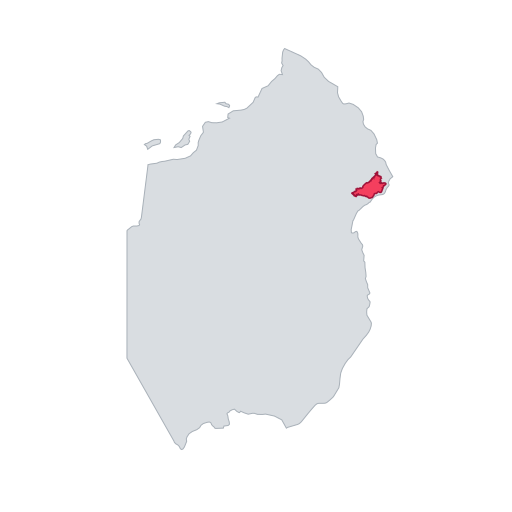 Mbinga, Ruvuma, United Republic of Tanzania shown in context, rotated 241°
{"feature_id": "72390352B96762734199587", "entity_name": "Mbinga", "entity_type": "district", "adm_level": 2, "iso_a3": "TZA", "parent_name": "United Republic of Tanzania", "parent_adm1": "Ruvuma", "projection": "orthographic", "projection_center": [35.084, -10.703], "detail": "fine", "context": "in_parent", "style": "filled", "palette": "rose", "viewbox_px": 512, "rotation_deg": 241, "n_neighbors": 0, "source": "geoboundaries", "source_scale": "gbopen_adm2", "svg_char_len": 8181}
<svg xmlns="http://www.w3.org/2000/svg" viewBox="0 0 512 512"><g transform="rotate(241 256 256)"><path d="M197.8,348.2L192.9,345.7L188.5,344.1L184.8,342.4L183.2,340.7L179.8,340.1L176.8,339.8L174.1,338.3L168.4,337.7L167.8,336.7L167.7,334.3L166.7,333.7L164.7,333.1L162.5,333.2L161.1,333.6L160.3,333.4L158.5,332.0L156.8,330.3L156.1,327.5L153.5,325.7L150.5,324.3L142.3,324.6L141.0,324.2L139.0,322.8L136.7,320.4L134.9,317.8L133.2,314.2L131.5,309.3L121.8,289.9L120.8,286.2L118.9,282.1L115.8,277.1L112.6,273.4L108.2,270.1L103.3,266.8L100.6,264.6L95.4,255.5L94.3,251.2L93.5,246.7L93.8,244.9L96.9,239.1L97.2,237.5L96.8,235.3L95.2,230.8L93.1,225.3L89.0,215.2L88.4,212.7L88.5,210.8L90.8,200.5L90.7,199.1L100.2,199.1L107.1,194.5L113.1,187.7L114.3,184.8L116.8,180.5L119.2,178.3L120.1,176.8L121.4,172.5L124.6,169.6L127.7,167.3L127.0,165.7L127.5,165.1L129.2,164.0L132.5,162.9L133.1,160.6L133.1,158.1L132.5,156.7L132.6,155.0L132.1,154.1L130.0,153.9L126.8,152.7L124.1,152.2L122.3,151.5L121.6,151.0L121.3,149.4L122.8,145.5L121.3,144.0L124.6,137.4L125.2,136.6L126.4,136.5L128.3,135.8L130.1,135.4L131.5,135.7L132.6,135.4L133.5,134.6L134.3,132.4L135.0,128.7L134.6,125.8L133.2,123.5L132.8,120.0L133.4,115.2L133.0,111.3L131.4,108.2L129.9,106.4L127.5,105.5L123.7,100.8L122.6,98.5L122.8,97.1L124.1,96.4L126.5,96.6L128.7,96.0L130.8,94.7L132.8,94.3L133.9,94.5L229.2,93.6L340.6,155.4L341.0,156.1L341.9,161.4L341.7,163.2L340.0,166.3L339.5,167.9L339.5,169.0L339.9,169.4L341.3,169.6L342.6,170.3L343.0,170.9L344.0,173.2L345.2,174.4L387.3,205.2L388.2,205.7L387.6,208.2L385.2,214.3L385.0,216.9L384.1,219.9L383.2,221.9L380.7,230.6L378.6,233.8L375.8,241.4L375.3,247.3L376.8,251.4L377.4,255.2L380.6,259.0L383.2,260.4L384.9,262.1L388.0,266.1L389.7,270.0L395.3,272.1L397.5,276.5L396.6,279.5L394.0,282.0L391.6,286.1L389.6,291.4L389.4,299.6L390.8,298.4L393.7,300.4L394.0,306.5L390.9,313.5L389.9,316.7L389.7,319.6L391.8,328.0L395.1,332.3L394.9,333.7L394.0,334.8L399.6,342.5L399.0,349.1L401.1,354.2L402.0,358.7L403.3,362.1L403.6,364.5L401.8,367.1L405.9,367.8L408.3,370.0L409.4,372.0L412.4,372.0L414.0,373.4L416.3,374.6L421.4,378.2L422.8,379.9L423.6,381.6L409.3,392.2L404.1,394.9L400.4,396.1L396.5,396.8L392.8,398.4L389.2,401.1L384.7,402.3L379.3,402.3L373.5,404.1L364.4,409.6L359.2,406.4L355.1,405.4L350.3,405.5L347.4,405.8L346.4,406.5L345.5,408.4L344.7,411.5L341.5,414.5L336.0,417.3L331.0,418.3L326.4,417.6L323.3,416.4L321.7,414.7L319.3,413.9L316.1,414.0L313.1,415.2L310.2,417.4L305.6,418.4L299.2,418.0L295.8,416.9L295.3,415.1L292.6,412.9L287.5,410.3L283.7,410.3L281.3,412.7L279.1,414.2L277.1,414.8L275.3,414.9L272.8,414.2L265.8,414.0L259.1,414.1L258.4,410.6L257.0,408.4L255.8,407.2L253.6,406.9L252.9,405.9L252.1,403.7L251.0,401.9L249.5,400.3L248.6,398.9L248.3,397.6L248.5,396.2L249.9,392.6L250.3,390.2L250.2,387.6L249.4,385.1L247.8,382.0L248.0,381.1L247.5,379.1L247.4,377.6L247.7,375.8L247.4,373.4L246.0,368.3L246.0,367.0L244.6,364.5L240.1,358.6L239.9,357.9L232.9,352.0L230.1,350.7L229.1,351.8L228.8,352.9L229.1,354.7L228.9,355.7L228.6,356.1L227.0,356.1L225.9,355.8L223.3,354.3L221.2,353.9L216.1,354.2L214.3,354.6L212.9,354.2L210.2,351.5L207.0,351.0L204.2,350.9L199.5,347.8L197.8,348.2ZM396.2,250.7L398.4,257.2L398.1,258.4L396.5,259.1L395.7,259.2L394.6,258.1L394.0,255.9L392.7,256.4L390.6,253.8L388.5,253.6L386.7,250.5L387.5,247.8L387.1,243.2L389.3,240.9L390.6,236.9L392.1,239.6L392.4,243.9L394.3,248.9L396.2,250.7ZM407.6,212.4L407.8,213.9L407.3,215.4L407.4,220.0L407.2,223.0L405.4,227.2L404.0,228.7L402.7,228.2L401.7,227.5L400.9,226.3L402.6,218.6L401.8,213.0L405.1,213.6L407.6,212.4ZM402.1,305.5L400.5,305.9L399.9,305.5L398.9,304.2L400.6,303.2L402.3,301.1L406.3,298.1L408.1,295.7L407.8,298.1L405.6,303.3L403.7,303.6L402.1,305.5Z" fill="#d9dde1" stroke="#a8b0b8" stroke-width="1"/><path d="M254.8,380.9L254.7,381.2L254.7,381.6L254.5,381.9L254.4,381.9L253.9,381.8L253.2,382.4L252.6,382.6L252.3,382.6L252.1,382.7L251.8,383.1L251.6,383.3L251.4,383.6L251.2,384.2L251.1,385.1L251.0,385.5L250.9,386.0L251.0,386.4L251.4,387.2L251.6,387.6L252.0,388.6L252.3,388.9L253.1,389.7L253.1,389.8L252.9,390.7L252.7,390.8L252.5,391.2L252.4,391.4L252.3,391.8L252.3,392.1L252.6,392.4L252.9,393.3L252.9,393.9L252.9,394.3L252.1,394.7L251.8,394.9L251.5,395.3L251.2,395.8L251.1,396.1L251.1,396.3L251.3,396.6L251.3,396.8L251.6,397.3L251.8,397.4L252.2,398.0L252.5,398.2L252.7,398.5L252.9,398.6L252.9,398.8L253.1,399.0L253.8,399.9L254.4,399.6L254.4,399.8L254.1,400.0L254.3,400.2L254.3,400.3L254.6,400.5L255.0,401.1L255.4,401.4L255.6,401.6L255.5,401.8L255.4,401.8L255.3,402.2L255.4,402.6L255.5,403.1L255.7,403.9L256.0,404.6L256.4,404.7L256.7,404.6L256.9,404.4L257.5,404.2L257.7,403.5L257.8,403.3L257.9,403.1L258.1,403.0L258.3,402.5L258.3,402.2L258.1,402.0L258.2,401.7L258.6,401.3L259.2,401.3L259.2,401.2L259.0,400.6L259.3,400.5L259.3,399.8L259.8,399.7L260.4,399.6L260.5,400.2L260.6,400.3L260.7,400.5L261.1,401.7L261.3,401.7L261.5,401.5L261.6,401.4L261.8,401.5L262.3,401.6L262.5,401.9L262.8,402.3L263.0,402.4L263.1,402.6L263.2,402.8L263.3,402.9L263.3,403.1L263.5,403.0L263.8,403.2L264.0,403.0L263.9,403.2L263.9,403.4L264.3,403.5L264.6,403.7L264.8,403.7L265.0,403.0L265.4,403.1L265.4,402.9L266.1,402.8L266.1,402.7L266.2,402.4L266.8,401.8L267.2,402.0L267.3,401.9L267.4,401.6L267.4,401.4L267.6,401.3L267.8,401.5L268.0,401.3L268.1,401.5L268.3,401.7L268.6,401.6L268.8,401.5L269.1,401.4L268.9,401.7L269.1,401.8L269.2,402.0L269.4,402.2L269.7,402.1L269.9,402.3L269.8,402.5L269.7,402.6L270.2,402.9L270.2,403.0L270.4,403.1L270.5,403.0L270.7,402.9L270.5,402.7L270.5,402.4L270.6,402.2L270.4,402.0L270.2,401.7L270.3,401.5L270.2,401.4L270.2,401.2L270.2,400.9L270.1,401.0L269.9,401.0L269.8,400.8L269.6,400.7L269.6,400.4L269.4,400.5L269.3,400.4L269.1,400.5L268.9,400.4L268.8,400.2L268.7,400.0L268.7,399.7L268.5,399.4L268.6,399.1L268.4,398.8L268.3,398.7L268.3,398.4L268.2,398.3L268.1,398.0L268.1,397.8L268.0,397.7L267.8,397.7L267.9,397.4L267.9,397.2L267.6,397.0L267.8,397.0L267.8,396.8L268.0,396.9L267.9,396.5L267.7,396.4L267.7,396.2L267.7,395.9L267.7,395.7L267.6,395.4L267.6,395.1L267.4,395.1L267.1,395.0L267.2,394.8L267.1,394.5L267.1,394.4L266.9,394.0L266.9,393.7L266.7,393.6L266.7,393.4L266.6,393.2L266.2,393.2L266.0,392.9L266.3,392.6L266.4,392.9L266.5,392.8L266.4,392.6L266.3,392.4L266.3,392.2L266.2,392.2L266.1,391.9L266.0,391.7L266.1,391.4L266.0,391.2L265.9,391.1L265.9,390.9L265.7,390.8L265.7,390.7L265.8,390.6L265.8,390.4L265.9,390.2L265.9,389.8L265.7,389.2L265.8,389.0L266.1,388.7L266.2,388.4L266.5,388.1L266.3,387.6L266.3,386.9L266.1,386.3L266.0,385.9L265.9,385.5L265.8,385.0L265.7,384.8L265.5,384.3L265.4,384.1L265.3,383.6L265.1,383.2L264.2,382.7L264.0,382.2L264.1,381.5L264.2,381.4L264.1,380.8L264.1,380.6L264.3,380.4L264.6,380.3L264.8,380.3L264.8,380.1L265.0,379.8L265.1,379.6L265.0,379.4L265.1,379.2L265.0,378.9L265.0,378.7L264.9,378.6L265.0,378.5L265.0,378.3L265.1,378.2L265.2,378.3L265.5,377.9L265.8,377.8L265.8,377.7L265.7,377.6L265.8,377.5L265.8,377.4L265.9,377.1L266.0,377.0L265.8,376.8L265.8,376.7L265.6,376.5L265.6,376.4L265.4,376.2L265.4,375.9L265.6,375.8L265.2,375.6L264.5,375.7L264.5,375.4L264.4,375.2L264.2,375.0L264.2,374.7L264.1,374.3L264.3,374.2L264.5,374.1L264.6,373.7L264.4,373.7L264.5,373.1L264.5,372.9L264.3,372.5L264.3,371.8L264.5,371.4L264.6,371.1L264.2,371.0L264.2,370.8L264.4,370.5L264.4,370.3L264.2,370.2L263.9,370.4L263.6,370.5L264.0,370.8L264.0,371.0L263.7,371.1L263.5,371.3L263.4,371.3L263.3,371.2L262.9,371.3L262.8,371.1L262.7,371.1L262.3,371.2L262.2,371.1L262.1,370.6L262.0,371.1L261.9,371.2L261.6,371.0L261.4,371.0L261.2,371.2L261.2,371.4L261.2,371.5L261.5,371.5L261.4,371.7L261.2,371.6L260.9,371.4L260.8,371.6L260.6,371.6L260.4,371.8L260.2,371.8L260.0,372.1L259.9,372.1L259.7,372.2L259.7,372.3L259.8,372.6L260.0,372.7L259.8,372.9L259.7,372.9L259.9,373.3L260.2,373.5L260.3,373.8L260.6,374.1L260.3,374.2L260.2,374.1L260.3,374.0L260.2,374.0L260.2,374.5L260.1,374.8L260.1,375.1L260.2,374.8L260.3,374.7L260.3,375.0L260.6,375.2L260.7,375.3L260.7,375.5L260.2,375.4L260.0,375.5L259.9,375.7L259.6,375.6L259.4,375.6L259.3,375.8L259.3,376.2L259.2,376.3L258.2,377.7L257.7,377.9L257.3,378.5L256.7,379.0L256.4,379.5L256.4,379.9L256.2,379.9L256.0,380.3L255.3,380.6L254.8,380.9Z" fill="#f43f5e" stroke="#9f1239" stroke-width="1.5"/></g></svg>